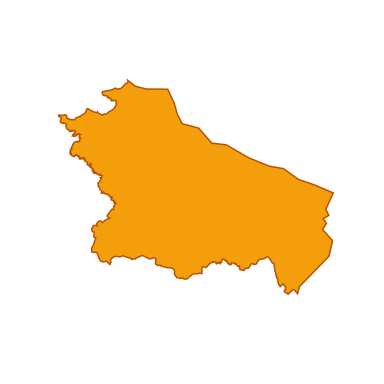 Ahafo Ano South East, Ashanti, Ghana, rotated 106°
{"feature_id": "2480657B91945870955547", "entity_name": "Ahafo Ano South East", "entity_type": "district", "adm_level": 2, "iso_a3": "GHA", "parent_name": "Ghana", "parent_adm1": "Ashanti", "projection": "mercator", "projection_center": [-1.89, 6.904], "detail": "fine", "context": "isolated", "style": "filled", "palette": "amber", "viewbox_px": 384, "rotation_deg": 106, "n_neighbors": 0, "source": "geoboundaries", "source_scale": "gbopen_adm2", "svg_char_len": 6129}
<svg xmlns="http://www.w3.org/2000/svg" viewBox="0 0 384 384"><g transform="rotate(106 192 192)"><path d="M154.0,55.9L151.4,76.6L150.6,93.2L144.3,110.5L145.9,124.8L143.5,146.9L137.2,172.2L139.6,186.4L128.7,203.3L129.1,220.3L121.6,227.3L111.4,233.7L99.9,243.7L105.6,264.4L105.9,275.7L102.4,284.5L103.4,283.8L104.4,284.1L106.7,286.1L110.5,287.9L112.1,289.0L113.7,292.0L113.2,294.2L113.7,295.0L114.7,295.6L115.3,296.7L116.1,297.2L116.6,299.0L118.3,301.6L118.4,302.4L120.3,305.7L121.6,305.7L123.5,303.8L123.2,303.1L123.6,302.9L123.0,300.5L123.5,299.4L124.3,299.5L124.4,299.1L124.1,299.0L124.1,298.5L124.6,298.2L124.5,297.4L125.0,296.8L124.6,296.2L124.8,295.5L126.6,294.7L126.6,294.3L126.1,294.0L126.1,292.8L125.5,292.5L125.2,291.2L124.9,290.9L125.4,290.1L127.6,289.4L128.0,288.9L132.8,289.6L134.8,290.9L137.4,293.6L140.4,295.6L141.6,298.5L142.8,299.3L141.9,304.2L141.1,304.9L141.8,305.1L142.1,307.7L141.6,311.7L140.6,315.0L140.8,315.8L145.8,316.5L147.7,318.5L149.9,320.2L152.5,323.7L153.5,324.4L154.9,324.7L155.4,325.9L155.2,326.6L155.4,327.7L155.9,328.4L155.9,329.6L155.5,330.8L155.8,332.3L153.3,333.5L152.6,334.8L154.2,338.0L154.5,340.7L155.0,341.4L155.3,340.9L156.0,340.8L155.9,340.2L156.4,340.0L156.5,339.2L157.5,337.8L160.1,338.2L161.4,337.1L161.7,335.0L161.5,334.5L161.0,334.5L161.2,332.1L161.7,331.4L163.0,331.5L163.9,330.7L164.7,330.7L166.1,329.4L166.1,328.1L166.4,327.4L167.1,327.0L167.5,325.9L166.7,325.5L167.0,324.9L166.8,324.6L166.3,324.9L165.8,324.7L165.8,324.0L166.3,323.6L165.3,321.9L165.6,320.9L167.7,320.9L168.1,321.6L168.8,321.2L170.0,322.4L170.9,322.4L170.5,321.9L171.2,321.1L170.9,319.9L169.0,319.4L169.0,319.1L169.7,319.2L169.7,318.8L169.2,318.8L169.0,318.3L168.1,318.3L167.0,316.7L167.2,316.1L167.6,316.5L168.2,316.3L167.9,315.4L168.6,315.9L169.7,315.7L170.0,315.4L170.8,315.3L170.5,314.4L170.6,314.2L170.9,314.1L171.3,314.7L173.9,314.0L174.4,314.1L174.4,314.8L175.4,315.6L175.0,316.0L175.4,316.3L175.5,317.6L177.4,319.3L177.9,319.1L179.1,319.7L180.0,319.4L181.7,320.0L182.6,319.9L183.4,319.3L183.6,319.7L183.1,319.9L183.6,320.3L184.3,320.0L184.7,320.5L185.3,320.2L186.8,320.7L186.3,320.2L186.5,319.9L187.9,320.0L187.7,319.4L188.3,319.6L188.6,319.0L188.8,319.4L189.2,319.4L189.3,319.0L189.0,318.5L190.2,317.7L190.5,315.2L189.7,315.1L189.8,314.6L188.1,313.8L187.9,313.4L188.6,313.3L188.5,312.3L189.1,311.4L188.6,310.9L188.6,310.4L190.2,310.0L189.8,309.3L191.1,308.9L190.6,308.4L190.9,308.0L190.5,307.2L189.7,307.0L190.3,306.6L190.1,305.7L189.2,305.7L188.9,305.3L189.4,305.1L189.3,304.5L190.0,304.1L190.0,304.4L190.8,304.4L191.8,303.6L192.2,300.9L192.6,300.4L193.8,300.6L193.8,300.3L194.6,300.0L195.0,298.4L194.5,297.9L193.3,297.9L192.6,297.0L193.0,296.2L193.0,296.5L193.9,296.8L194.1,297.2L194.8,297.4L194.8,297.7L195.7,297.5L196.1,296.7L195.6,296.0L196.0,295.8L195.8,295.5L197.2,294.9L197.4,293.1L198.5,293.6L198.6,293.3L198.9,293.5L199.5,293.1L199.2,291.6L199.5,291.3L200.1,291.4L200.2,292.0L200.7,292.1L201.0,290.6L199.3,290.2L199.8,290.1L199.7,289.3L200.6,288.9L200.9,287.4L200.5,285.6L201.3,285.8L200.9,283.3L201.4,283.7L202.4,283.0L203.4,283.3L203.5,283.7L203.8,283.0L205.1,283.4L206.6,283.4L208.1,283.9L209.2,284.9L209.9,284.3L210.6,284.3L211.9,283.7L212.3,283.8L214.0,281.4L215.1,281.0L215.7,279.6L216.5,278.8L218.1,278.9L217.5,277.0L217.3,277.2L216.3,276.8L217.5,275.3L217.7,274.4L217.4,273.8L217.8,273.2L217.6,272.8L217.8,272.3L217.4,272.1L217.5,270.9L218.0,270.9L218.9,270.0L219.0,269.0L219.3,269.0L218.9,267.8L219.3,267.9L219.6,267.1L220.2,267.3L220.5,268.0L221.8,267.5L222.0,266.3L221.4,264.9L222.0,264.3L223.0,264.6L223.2,262.7L224.3,263.2L224.3,262.3L227.7,263.3L230.4,262.7L230.6,264.2L231.0,264.5L237.5,266.8L238.6,266.9L239.8,265.5L239.8,263.9L243.2,267.9L246.2,269.6L245.1,271.3L245.2,272.8L245.8,273.6L248.2,274.8L249.8,274.3L250.6,273.7L250.4,275.2L251.6,277.4L253.1,278.0L254.9,278.2L256.4,277.7L257.5,276.8L257.5,275.2L257.8,274.9L262.0,274.1L262.6,273.5L262.5,271.9L269.5,272.1L274.0,273.1L275.3,272.2L277.2,272.1L277.4,270.1L276.3,268.1L276.4,267.5L277.5,265.7L278.2,265.0L280.4,263.9L283.2,261.2L283.7,260.2L283.6,257.9L282.1,255.0L284.0,251.8L284.1,250.7L282.9,250.9L282.1,250.5L281.2,251.2L278.3,251.4L277.7,250.5L276.1,249.6L275.6,248.9L274.7,247.0L274.3,243.6L272.1,240.4L272.6,238.4L272.7,232.4L273.5,231.4L272.3,229.4L272.0,228.2L270.0,226.5L266.6,222.2L268.1,214.2L265.7,210.7L265.9,208.7L267.4,208.0L270.9,207.4L271.5,206.6L271.4,206.0L272.1,204.8L271.0,202.2L271.7,201.4L271.7,199.2L271.6,195.1L270.7,191.6L270.9,189.1L272.7,186.8L274.9,186.6L276.1,186.0L278.6,182.9L278.2,181.5L278.2,178.9L277.2,177.3L277.8,176.3L277.6,174.3L277.0,173.9L276.9,172.6L274.3,171.2L270.3,168.1L269.0,163.9L268.1,162.9L267.7,160.0L262.6,161.5L261.6,161.5L261.0,161.2L260.5,157.4L256.4,155.5L253.6,153.2L254.0,152.5L253.1,151.7L252.8,150.6L253.3,149.4L253.6,149.6L254.3,148.6L253.8,148.0L253.0,148.1L252.3,147.1L253.1,146.2L252.9,145.2L252.5,145.2L252.7,144.9L251.4,144.9L251.4,144.5L251.2,144.6L250.9,144.3L249.5,144.7L248.8,144.1L247.9,143.8L248.0,142.2L248.5,141.8L248.5,140.9L249.1,140.4L248.7,139.8L249.1,139.6L249.2,138.9L249.5,139.0L250.2,138.1L250.7,138.0L251.1,137.5L250.8,137.0L251.5,135.4L251.1,134.7L250.8,134.8L250.2,134.1L249.5,134.8L249.1,134.2L248.7,132.0L249.0,131.7L248.8,131.3L249.4,130.6L248.9,130.0L250.6,128.0L250.9,126.7L250.5,126.7L250.2,126.0L251.9,125.1L253.2,124.9L253.5,124.5L253.1,123.4L253.4,121.5L252.9,121.5L252.5,121.0L252.6,120.4L252.3,120.5L251.3,119.7L251.0,119.9L250.5,119.2L249.5,116.6L247.6,115.9L245.1,115.5L244.5,115.0L244.2,113.8L244.5,113.0L243.8,110.7L243.1,110.1L240.3,109.8L239.0,108.8L238.2,108.6L237.5,107.9L237.6,107.0L237.1,106.8L236.7,104.8L236.3,104.2L233.2,101.8L234.6,98.9L238.1,95.2L238.2,93.9L238.7,93.0L239.5,93.0L245.5,90.3L247.5,88.7L249.2,88.3L250.2,87.0L251.3,86.8L252.5,85.2L254.6,84.7L256.9,83.2L257.5,82.1L258.0,82.0L258.6,81.1L255.5,79.3L255.6,78.6L257.9,75.7L259.2,75.2L260.4,75.8L262.4,75.9L263.7,71.3L261.1,70.1L260.0,69.0L258.7,68.7L258.1,68.2L257.8,66.9L260.6,62.5L253.2,62.6L215.9,42.6L200.0,43.5L192.1,56.2L185.1,54.1L181.4,58.6L176.8,54.0L171.8,58.6L154.0,55.9Z" fill="#f59e0b" stroke="#b45309" stroke-width="1.5"/></g></svg>